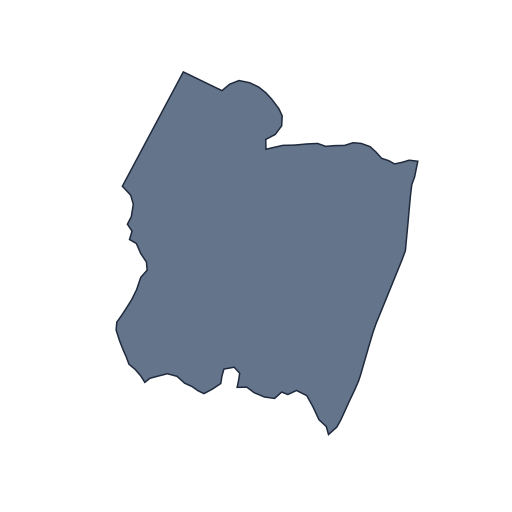 São Domingos, Paraíba, Brazil (Mercator projection), rotated 122°
{"feature_id": "56859067B84117834141491", "entity_name": "São Domingos", "entity_type": "district", "adm_level": 2, "iso_a3": "BRA", "parent_name": "Brazil", "parent_adm1": "Paraíba", "projection": "mercator", "projection_center": [-37.944, -6.804], "detail": "fine", "context": "isolated", "style": "filled", "palette": "slate", "viewbox_px": 512, "rotation_deg": 122, "n_neighbors": 0, "source": "geoboundaries", "source_scale": "gbopen_adm2", "svg_char_len": 1411}
<svg xmlns="http://www.w3.org/2000/svg" viewBox="0 0 512 512"><g transform="rotate(122 256 256)"><path d="M138.4,415.2L267.7,406.3L270.8,394.5L277.1,387.5L288.7,382.6L297.2,381.9L300.6,374.3L309.1,372.0L308.8,364.1L315.1,354.9L319.2,345.7L325.7,340.8L335.2,342.4L347.9,339.4L359.0,338.3L369.0,338.3L377.7,338.5L385.9,339.0L392.9,335.4L400.1,326.9L406.6,318.1L410.2,312.7L415.1,306.4L416.2,298.5L418.7,290.3L422.1,283.3L415.8,281.1L410.2,275.8L402.8,268.8L399.9,259.2L401.7,249.1L400.6,241.0L401.0,234.0L400.3,227.2L391.5,222.2L382.8,218.3L376.0,221.2L368.9,223.3L361.9,215.6L364.1,207.7L370.8,204.8L377.4,202.4L372.1,194.2L372.9,185.3L371.1,174.1L366.9,164.7L357.8,162.2L356.6,155.6L348.6,150.4L347.5,139.0L353.4,128.3L361.5,115.8L363.4,106.0L369.0,99.9L358.3,96.8L350.3,97.2L339.4,98.6L329.8,99.9L317.6,101.3L308.1,102.7L301.8,104.2L272.9,112.4L259.2,116.2L250.0,118.3L230.9,121.6L182.1,130.1L172.4,132.1L143.9,146.4L136.9,150.0L121.5,157.7L112.9,161.7L104.9,163.4L89.9,169.0L93.6,176.9L99.3,181.9L104.5,187.3L104.8,193.9L106.6,201.3L104.3,209.2L102.8,217.2L104.8,226.5L108.5,233.7L115.4,239.6L120.7,247.8L126.1,255.0L127.9,263.4L134.0,272.2L141.6,282.2L147.9,291.8L154.2,298.2L160.2,304.1L152.0,309.5L142.7,304.1L132.0,303.2L123.2,308.1L118.9,314.8L114.7,325.8L112.4,334.0L111.3,343.2L112.4,353.2L116.2,363.4L124.3,369.4L133.8,372.5L138.4,415.2Z" fill="#64748b" stroke="#1e293b" stroke-width="1.5"/></g></svg>